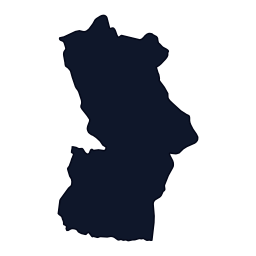 outline of Hovd
{"feature_id": "MNG-3320", "entity_name": "Hovd", "entity_type": "Province", "adm_level": 1, "iso_a3": "MNG", "parent_name": "Mongolia", "parent_adm1": "", "projection": "mercator", "projection_center": [92.143, 46.988], "detail": "fine", "context": "isolated", "style": "filled", "palette": "ink", "viewbox_px": 256, "rotation_deg": 0, "n_neighbors": 0, "source": "natural_earth", "source_scale": "10m", "svg_char_len": 3745}
<svg xmlns="http://www.w3.org/2000/svg" viewBox="0 0 256 256"><path d="M68.1,230.3L66.9,230.3L66.2,228.7L66.4,227.8L66.6,227.2L66.6,226.6L66.1,225.7L65.5,225.2L63.9,224.5L63.7,223.9L63.7,222.0L63.2,220.5L62.6,219.1L62.2,217.5L61.6,216.3L59.1,214.4L58.3,213.5L60.0,200.4L60.6,199.2L68.6,188.2L70.8,186.2L71.2,185.9L71.8,184.3L72.0,181.7L71.6,179.1L70.8,177.7L69.8,176.1L67.9,169.8L67.7,168.7L68.1,167.8L69.3,166.3L70.8,162.3L71.2,161.2L71.8,159.0L72.3,158.0L73.1,155.9L73.5,154.7L73.6,153.9L73.0,153.1L72.2,152.8L71.6,152.3L71.7,150.8L72.2,148.4L72.3,146.9L73.2,146.9L76.1,147.5L78.6,148.7L79.8,148.8L81.0,148.6L82.1,148.6L83.0,149.4L84.5,151.9L85.4,153.0L86.6,153.9L87.8,154.2L88.8,153.8L89.5,153.0L90.3,151.0L90.7,150.1L91.2,149.6L91.9,149.4L93.1,150.2L93.7,150.5L98.5,149.9L104.1,150.7L104.9,150.3L105.8,149.5L106.0,148.4L106.1,147.0L102.9,145.0L100.2,141.0L96.3,137.4L93.1,135.2L91.6,134.6L90.4,133.8L88.7,132.4L87.9,130.8L87.5,129.5L87.4,128.4L87.6,127.1L87.9,125.9L89.7,121.2L89.8,119.4L87.3,115.6L82.1,109.0L81.1,107.3L81.0,106.3L81.1,105.5L81.4,104.8L81.7,103.7L81.8,102.6L81.7,101.2L81.5,100.0L78.9,92.1L78.2,90.6L77.4,89.4L76.6,88.5L75.5,86.5L72.3,77.0L70.8,71.5L70.4,70.5L69.9,69.9L68.8,68.6L68.2,67.9L66.3,66.5L65.6,65.9L65.4,64.9L65.2,64.1L65.1,62.7L64.2,57.7L63.9,56.1L63.7,54.3L63.8,52.9L64.2,51.6L65.8,49.3L65.9,48.5L65.7,47.3L64.3,42.9L63.8,41.9L63.1,41.2L60.5,40.1L60.0,39.6L59.7,39.1L59.6,38.6L59.8,37.9L63.9,37.0L75.5,31.6L79.4,30.8L83.2,31.7L85.1,31.7L86.9,30.9L89.1,29.1L92.9,24.0L95.2,19.9L96.5,18.7L100.3,16.3L102.0,15.6L103.5,15.4L104.8,15.6L105.8,16.3L106.4,16.9L106.9,17.9L109.5,28.1L110.3,28.5L110.9,28.6L111.9,28.1L112.6,28.0L113.5,28.2L114.6,29.4L115.4,31.1L116.8,35.1L117.6,36.6L118.4,37.2L119.3,37.1L121.0,35.7L121.6,35.5L135.7,38.9L139.9,39.9L141.8,39.2L143.6,37.6L145.2,35.7L147.1,34.2L148.6,33.6L149.8,33.5L151.8,33.9L152.2,34.1L152.4,34.3L152.6,34.5L153.1,34.9L156.3,36.6L157.0,37.4L157.2,37.7L157.3,38.1L157.5,38.4L157.5,38.7L157.7,40.2L158.0,41.7L158.2,42.3L158.3,42.6L158.5,43.1L158.7,43.3L159.6,44.0L162.1,46.7L163.0,47.4L166.5,49.3L167.7,50.2L168.1,50.7L168.2,50.9L168.3,51.3L168.2,51.6L168.1,51.8L168.0,52.0L167.9,52.2L167.7,52.7L167.7,53.2L167.6,53.7L167.7,54.8L167.6,55.3L167.5,55.7L166.9,57.0L165.6,58.8L161.0,63.7L159.0,65.4L156.2,67.2L157.8,72.6L158.7,74.7L159.1,76.8L159.3,78.4L159.2,80.0L159.6,81.1L164.3,87.4L167.7,93.5L167.8,96.6L167.9,97.5L168.2,98.6L169.7,100.7L172.6,103.5L180.7,110.9L186.1,114.4L188.8,115.7L189.3,116.6L189.5,117.8L189.5,119.3L189.5,120.9L189.9,122.9L190.7,125.0L192.8,129.1L196.3,134.2L197.7,137.1L197.6,139.2L197.3,140.2L196.3,141.7L194.7,143.0L186.8,146.5L183.3,148.7L179.1,152.8L176.9,153.5L175.8,153.7L171.7,153.3L170.9,153.0L170.0,153.1L169.5,153.6L169.6,154.8L170.0,155.8L172.5,160.6L173.1,162.4L173.3,164.2L173.2,166.0L172.6,167.5L168.2,175.5L164.5,184.8L164.3,185.8L164.7,188.7L164.7,189.7L164.1,190.6L163.2,191.2L162.7,192.0L161.3,195.1L160.5,196.2L159.6,197.0L155.1,199.7L154.2,200.7L153.4,202.0L153.1,203.9L154.1,216.0L153.9,222.6L151.9,239.9L151.8,240.2L150.9,240.3L150.2,240.1L149.4,240.0L148.7,240.0L147.9,240.2L146.8,240.2L145.7,239.7L143.5,238.4L143.0,238.4L141.7,238.7L141.1,238.7L139.3,238.4L134.9,239.7L132.4,239.8L128.6,240.6L128.0,240.6L126.3,239.9L125.6,239.8L123.7,240.1L123.1,240.1L121.3,239.4L120.6,239.4L118.8,239.9L117.8,239.7L114.5,237.3L113.2,236.7L112.0,236.4L110.7,236.3L109.4,236.5L107.2,236.9L100.6,236.5L99.7,236.6L98.1,237.2L97.3,237.3L93.5,236.3L93.0,236.4L92.7,236.6L92.3,236.6L91.9,236.3L89.3,233.0L88.7,232.5L87.8,232.5L87.2,233.0L86.5,233.7L85.9,234.3L85.1,234.3L81.4,233.4L78.9,232.1L78.3,231.6L77.4,230.3L76.9,229.7L75.6,229.0L73.9,228.6L72.2,228.5L70.8,228.8L68.1,230.3Z" fill="#0f172a" stroke="#020617" stroke-width="1.5"/></svg>